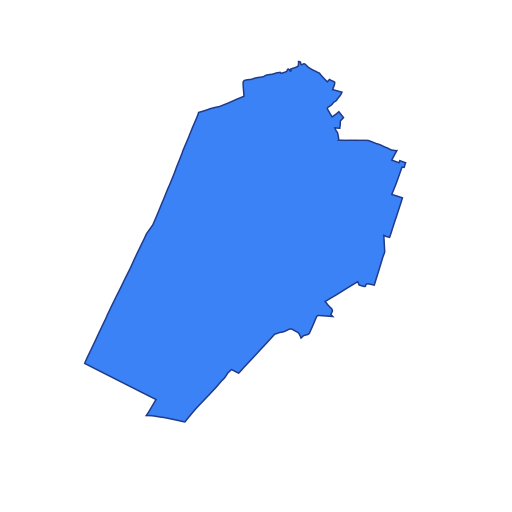 outline of Tan Phuoc, Tiền Giang, Vietnam, rotated 298°
{"feature_id": "81297802B67867529169474", "entity_name": "Tan Phuoc", "entity_type": "district", "adm_level": 2, "iso_a3": "VNM", "parent_name": "Vietnam", "parent_adm1": "Tiền Giang", "projection": "albers", "projection_center": [106.267, 10.509], "detail": "fine", "context": "isolated", "style": "filled", "palette": "blue", "viewbox_px": 512, "rotation_deg": 298, "n_neighbors": 0, "source": "geoboundaries", "source_scale": "gbopen_adm2", "svg_char_len": 5182}
<svg xmlns="http://www.w3.org/2000/svg" viewBox="0 0 512 512"><g transform="rotate(298 256 256)"><path d="M447.3,226.1L447.2,225.7L447.1,225.4L447.1,224.8L447.1,224.2L447.1,223.8L447.1,221.7L446.9,218.7L447.0,216.1L447.2,213.7L447.6,212.1L448.2,210.2L448.4,209.1L448.4,208.6L448.3,208.2L448.0,207.8L446.7,206.9L446.3,206.6L446.1,206.2L446.5,205.5L447.2,205.0L447.6,204.7L447.9,204.4L448.1,204.1L448.1,203.4L448.0,203.0L447.9,202.5L447.7,202.2L446.5,202.9L445.3,203.5L443.8,203.9L443.3,204.1L442.3,203.3L441.4,202.6L440.5,201.9L439.5,200.9L438.2,199.6L437.7,199.1L437.3,198.9L436.9,198.9L436.6,199.1L436.3,199.6L436.1,200.0L435.7,199.9L435.4,199.6L435.4,199.1L435.5,198.8L435.7,198.4L436.0,197.9L436.2,197.5L436.3,197.3L436.3,197.0L436.2,196.7L435.9,196.4L435.6,196.3L434.9,196.3L434.3,196.4L433.6,196.5L433.2,196.3L431.6,195.0L429.0,192.3L429.5,191.0L429.1,190.6L427.6,188.5L426.0,186.9L425.7,186.6L424.0,184.9L423.6,184.4L423.4,184.1L423.2,183.7L422.9,183.1L421.9,182.0L421.1,180.9L420.7,180.3L419.9,179.7L419.4,179.4L418.6,178.9L417.8,178.3L417.2,177.7L416.7,177.0L416.3,176.4L415.8,175.8L415.3,175.0L414.8,174.3L414.2,173.5L412.1,171.0L411.6,170.6L410.7,169.9L410.3,169.6L410.2,169.5L410.2,169.4L409.8,169.0L407.4,165.4L405.5,163.3L404.6,163.0L404.0,163.0L403.0,163.2L399.9,165.0L391.4,170.4L385.4,165.4L381.0,162.0L377.5,159.2L376.4,158.3L373.1,155.5L370.5,153.3L369.7,152.2L367.7,149.8L364.4,146.2L362.2,144.3L358.6,140.8L355.8,137.9L354.7,138.2L351.5,138.6L345.9,139.1L338.6,139.7L335.3,140.1L332.0,140.4L329.9,140.7L325.5,141.1L319.3,141.6L314.9,142.0L311.9,142.5L304.8,143.3L298.0,144.0L290.1,145.1L285.0,145.6L284.2,145.7L279.1,146.2L275.2,146.5L274.4,146.5L269.7,147.0L262.3,147.8L258.5,148.1L250.9,148.9L242.3,149.7L234.6,150.3L233.9,150.1L229.8,149.6L224.6,148.9L223.6,148.9L218.7,149.2L212.0,149.4L205.2,149.7L204.2,149.7L195.8,150.1L186.9,150.7L174.3,151.0L164.2,151.4L155.5,151.6L145.7,151.9L136.1,152.3L132.8,152.5L129.7,152.8L127.7,152.8L111.9,153.5L107.1,153.8L96.0,154.3L88.0,154.6L81.8,155.0L81.3,155.1L80.7,155.2L81.7,205.8L82.0,220.6L82.3,232.8L82.4,235.1L71.2,234.6L66.6,234.4L63.6,234.0L65.7,238.2L66.9,241.2L67.9,244.2L68.4,245.8L70.3,250.9L71.2,253.9L74.1,264.0L75.0,267.3L75.6,269.6L76.1,271.1L76.4,271.2L78.0,271.5L81.3,272.1L83.6,272.6L86.6,273.2L92.9,274.6L97.5,275.8L104.1,277.7L109.5,279.2L115.0,280.7L121.2,282.4L124.3,283.1L128.2,283.9L130.2,284.4L131.5,284.9L133.4,285.4L134.5,285.6L136.5,285.8L139.4,286.0L143.1,287.3L144.2,287.6L144.4,295.7L148.6,296.8L151.6,297.5L162.5,300.5L174.3,303.6L186.3,306.8L196.1,309.3L196.7,310.3L198.1,311.4L199.8,313.1L201.4,315.3L203.4,317.1L204.4,317.8L205.3,318.5L206.5,319.3L207.4,320.2L208.0,321.1L208.3,322.2L208.3,322.8L208.2,323.9L208.2,326.0L208.2,327.8L208.1,329.1L208.0,329.8L207.7,330.2L207.2,331.0L206.0,332.8L205.4,333.5L204.7,334.3L205.3,334.6L205.5,334.6L207.3,335.1L208.3,335.7L209.2,336.6L210.5,338.1L211.4,338.8L212.3,339.3L212.8,339.4L213.5,339.3L215.5,339.2L218.8,339.0L223.9,338.6L227.1,338.3L230.5,338.0L231.7,338.1L232.1,338.3L232.5,338.7L233.4,340.3L236.0,346.2L238.6,352.2L239.5,349.4L241.8,349.5L243.4,349.3L243.9,348.8L244.6,348.2L245.2,347.1L245.3,346.3L245.7,345.0L246.5,342.6L247.5,340.4L248.3,338.4L249.7,339.3L254.3,342.0L258.8,344.8L267.8,350.0L276.8,355.3L281.1,357.9L279.6,359.6L278.8,360.7L278.8,360.8L279.6,364.8L280.0,366.1L280.2,366.5L280.4,366.7L280.7,366.8L281.3,366.7L281.9,366.6L282.1,366.5L282.5,366.6L283.1,366.7L283.4,367.0L283.6,367.3L284.5,369.3L285.1,371.5L285.7,373.7L285.8,374.1L300.5,371.3L308.1,369.8L310.6,369.3L315.8,368.3L316.4,368.3L319.9,367.8L327.2,363.4L331.5,360.8L334.2,359.2L334.3,361.2L334.6,362.9L335.2,365.2L340.2,364.4L343.7,363.7L350.0,362.6L352.8,362.1L357.4,361.4L357.6,361.3L360.0,360.9L361.7,360.6L370.3,359.1L376.1,358.0L375.3,353.3L374.1,347.0L386.2,345.7L403.0,343.2L403.8,345.2L407.9,344.4L408.6,344.3L408.4,343.5L407.7,338.2L405.5,338.5L404.4,330.8L412.2,330.8L415.2,330.9L414.5,329.6L413.9,327.9L413.3,326.1L413.1,325.0L413.1,323.5L413.1,321.9L413.0,320.8L412.8,319.2L412.6,317.0L412.6,315.1L412.4,312.8L412.2,311.4L412.0,310.5L411.8,309.7L411.7,309.1L411.2,304.3L411.0,302.9L410.7,300.9L409.9,299.1L401.0,282.2L400.4,281.3L398.0,276.4L397.6,275.7L397.0,274.4L397.3,274.4L397.7,274.3L399.0,273.5L401.4,271.6L403.3,269.9L403.6,269.2L404.5,267.5L405.6,266.2L406.2,265.5L408.1,270.0L412.1,268.5L414.2,267.3L414.8,267.2L415.4,267.2L417.3,267.8L419.3,268.3L422.3,261.4L422.0,261.3L419.4,260.3L414.5,257.9L415.8,255.7L416.4,254.7L417.5,253.0L418.6,251.2L419.2,250.2L419.6,249.8L420.0,249.7L420.4,249.6L420.7,249.7L421.2,249.8L422.1,250.3L423.2,250.9L424.2,251.4L425.1,251.8L426.5,252.1L427.7,252.3L428.5,252.6L429.0,252.8L429.5,253.2L430.1,253.5L430.8,253.9L431.5,254.1L432.6,254.1L433.6,254.3L434.4,254.4L435.5,254.7L436.6,254.9L437.6,255.0L438.5,255.1L439.5,255.1L440.2,255.0L441.0,255.0L440.1,250.9L439.1,246.4L438.9,245.6L440.6,245.3L443.1,245.0L444.3,244.8L445.6,244.3L446.4,243.9L446.5,243.5L446.5,243.0L446.5,242.5L446.5,242.1L446.5,241.6L446.4,241.1L446.3,240.7L446.3,240.2L446.3,239.1L446.4,238.6L446.4,238.0L443.3,237.2L444.4,233.5L445.4,230.7L446.3,228.2L447.3,226.1Z" fill="#3b82f6" stroke="#1e3a8a" stroke-width="1.5"/></g></svg>